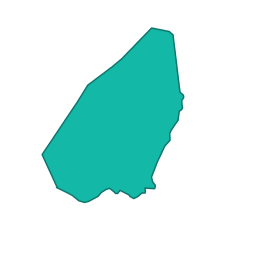 Shamal Jabal Marrah, North Darfur, Sudan (Albers equal-area conic projection), rotated 322°
{"feature_id": "16777658B34833163736503", "entity_name": "Shamal Jabal Marrah", "entity_type": "district", "adm_level": 2, "iso_a3": "SDN", "parent_name": "Sudan", "parent_adm1": "North Darfur", "projection": "albers", "projection_center": [24.528, 13.273], "detail": "fine", "context": "isolated", "style": "filled", "palette": "teal", "viewbox_px": 256, "rotation_deg": 322, "n_neighbors": 0, "source": "geoboundaries", "source_scale": "gbopen_adm2", "svg_char_len": 4024}
<svg xmlns="http://www.w3.org/2000/svg" viewBox="0 0 256 256"><g transform="rotate(322 128 128)"><path d="M35.2,131.2L35.3,131.4L39.8,140.6L42.6,146.8L44.5,155.1L47.9,159.9L51.8,161.6L62.3,163.4L67.2,162.4L72.8,162.9L76.4,164.2L77.7,169.7L77.9,171.9L79.6,173.2L83.3,172.2L87.6,181.4L87.4,183.2L89.2,187.2L93.8,188.1L98.9,187.8L101.2,189.5L101.4,189.7L101.6,189.5L102.5,188.8L103.0,188.1L103.3,187.7L103.6,187.2L103.8,186.8L103.9,186.7L104.1,186.4L104.3,186.2L104.6,185.9L104.7,186.1L104.8,186.1L105.0,186.3L105.2,186.5L105.5,186.8L106.1,187.3L106.4,187.5L106.8,187.9L107.0,188.1L107.3,188.4L107.5,188.6L108.2,189.1L108.4,189.4L108.8,189.7L109.2,190.1L109.6,190.4L109.8,190.6L110.1,190.9L110.5,191.3L110.8,191.5L111.1,191.8L111.5,192.1L111.9,192.1L112.0,192.0L112.3,191.8L112.4,191.7L112.6,191.6L112.8,191.4L113.0,191.2L113.3,190.9L113.6,190.6L113.8,190.4L114.0,190.2L114.2,189.9L114.2,189.7L114.2,189.4L114.2,189.2L114.2,188.7L114.2,188.0L114.2,187.8L114.2,187.7L114.2,187.1L114.2,186.0L115.0,184.0L115.2,183.5L116.2,181.4L116.3,181.1L123.1,177.1L125.9,175.4L129.8,173.0L131.4,172.2L137.8,169.0L138.8,168.5L143.7,166.0L145.8,164.9L149.7,164.2L152.2,163.8L153.6,163.5L155.4,160.9L155.9,160.3L157.3,158.2L158.9,157.3L160.6,156.4L160.9,156.3L167.2,154.2L168.4,153.8L168.6,153.8L171.4,153.0L172.1,152.8L172.1,152.7L172.3,152.6L172.5,152.4L172.9,152.0L173.3,151.6L173.6,151.3L175.4,149.6L177.2,147.8L178.0,147.0L178.4,146.6L178.5,146.5L178.6,146.4L178.8,146.4L179.0,146.4L179.7,146.4L180.3,146.5L180.7,146.5L180.8,146.5L181.0,146.5L181.3,146.5L181.6,146.5L181.9,146.4L182.0,146.3L182.3,146.2L182.7,146.0L183.0,145.8L183.2,145.7L183.5,145.6L183.7,145.2L183.9,144.7L184.2,144.2L184.5,143.7L184.7,143.3L184.8,143.1L184.9,142.9L185.0,142.7L185.6,141.9L186.1,141.1L186.3,140.8L186.8,140.2L187.0,139.9L187.1,139.7L187.3,139.5L187.4,139.4L187.7,139.3L188.1,139.2L188.7,139.0L188.9,138.9L189.8,138.6L190.1,138.5L190.3,138.4L190.6,138.3L190.7,138.2L190.8,137.9L191.1,137.6L191.5,136.8L191.7,136.6L191.8,136.4L191.8,136.1L191.8,135.8L191.7,135.5L191.7,135.3L191.1,132.4L191.0,131.9L191.2,131.5L191.4,131.2L191.8,130.6L192.1,130.1L193.0,128.5L193.9,127.0L194.7,125.6L198.5,119.3L199.2,118.2L200.1,116.6L204.9,108.7L205.6,107.6L212.8,95.6L218.0,86.9L220.5,82.9L220.8,82.4L220.3,79.5L220.0,78.1L220.0,77.9L219.9,77.4L219.7,77.1L219.5,76.9L219.3,76.7L219.2,76.5L219.0,76.3L217.3,74.4L216.9,73.9L216.5,73.4L214.3,70.9L213.4,69.8L213.3,69.7L213.2,69.7L210.7,66.7L210.5,66.4L209.4,65.2L208.7,64.4L208.4,64.0L208.3,63.9L208.2,63.8L207.9,63.8L207.6,63.8L207.4,63.9L207.1,63.9L206.8,63.9L206.4,64.0L206.1,64.0L205.2,64.2L204.6,64.2L204.3,64.3L204.2,64.3L203.8,64.4L203.7,64.4L203.4,64.4L203.1,64.5L202.8,64.5L202.4,64.6L202.2,64.6L201.9,64.6L201.6,64.7L201.2,64.7L201.0,64.8L200.6,64.8L200.4,64.8L199.8,64.9L199.5,65.0L199.4,65.0L198.9,65.0L198.4,65.1L198.2,65.1L197.8,65.2L196.5,65.4L196.3,65.4L196.1,65.4L195.0,65.6L194.1,65.7L193.2,65.8L191.7,66.0L190.6,66.2L189.8,66.3L189.5,66.3L184.0,67.1L183.3,67.2L182.2,67.4L179.9,67.7L176.4,68.1L176.2,68.2L175.6,68.3L174.2,68.4L173.8,68.5L173.6,68.5L173.3,68.6L172.5,68.7L168.1,69.3L167.8,69.4L166.0,69.6L165.9,69.6L165.6,69.6L165.4,69.7L164.9,69.7L163.5,69.7L162.9,69.7L162.2,69.8L161.7,69.8L161.3,69.8L160.5,69.8L160.1,69.8L158.2,69.9L157.3,69.9L156.7,69.9L155.6,70.0L155.1,70.0L154.8,70.0L152.6,70.1L152.1,70.1L151.5,70.0L151.1,70.0L150.3,70.0L149.4,70.0L145.0,69.9L144.6,69.9L142.9,69.9L140.0,69.8L135.0,69.7L127.1,69.6L124.8,69.5L123.4,69.5L122.7,69.5L104.2,76.3L91.7,80.4L89.2,81.2L87.8,81.7L87.0,81.9L86.5,82.1L85.2,82.5L84.9,82.6L83.3,83.1L82.9,83.3L82.1,83.6L81.2,83.8L80.8,84.0L80.1,84.2L75.8,85.6L74.1,86.2L73.1,86.5L69.2,87.8L66.3,88.7L63.2,89.8L58.0,91.5L57.1,91.8L56.9,91.8L56.4,92.0L47.5,94.9L46.8,95.1L45.2,95.7L44.9,95.8L44.4,95.9L44.2,96.0L43.9,96.4L43.8,96.9L43.5,98.2L43.4,98.5L42.9,100.8L42.7,101.4L40.0,112.7L39.8,113.7L37.6,122.9L36.5,127.5L36.1,129.2L36.0,129.6L35.9,130.2L35.8,130.7L35.7,131.2L35.4,131.2L35.2,131.2Z" fill="#14b8a6" stroke="#0f766e" stroke-width="1.5"/></g></svg>